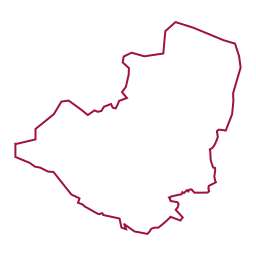 Gharb Bara, North Kordufan, Sudan (Albers equal-area conic projection)
{"feature_id": "16777658B80207598805247", "entity_name": "Gharb Bara", "entity_type": "district", "adm_level": 2, "iso_a3": "SDN", "parent_name": "Sudan", "parent_adm1": "North Kordufan", "projection": "albers", "projection_center": [29.57, 13.951], "detail": "fine", "context": "isolated", "style": "outline", "palette": "rose", "viewbox_px": 256, "rotation_deg": 0, "n_neighbors": 0, "source": "geoboundaries", "source_scale": "gbopen_adm2", "svg_char_len": 1989}
<svg xmlns="http://www.w3.org/2000/svg" viewBox="0 0 256 256"><path d="M121.4,227.3L121.4,227.5L122.8,228.0L123.5,228.3L124.9,228.8L126.1,229.2L124.3,224.3L124.4,224.2L126.1,225.5L134.4,231.4L147.4,233.9L148.9,232.4L151.3,228.8L154.1,227.7L158.3,227.7L162.5,224.3L164.7,222.5L169.6,217.9L170.4,216.8L179.1,220.0L180.4,220.5L182.7,217.4L175.7,209.8L175.8,209.7L177.8,207.1L178.6,204.1L177.5,202.2L170.6,201.0L169.2,197.6L169.3,197.6L169.2,197.5L171.7,196.3L181.6,194.2L182.4,192.2L184.0,193.0L187.0,190.1L188.3,191.4L189.3,189.7L191.5,189.4L194.4,192.7L207.6,192.6L209.1,191.3L208.4,188.4L208.5,188.3L208.4,188.2L208.8,185.9L215.9,182.3L215.1,180.4L214.3,176.6L215.2,170.3L215.0,167.9L213.1,167.5L210.7,160.3L210.2,150.8L209.8,149.5L212.5,147.8L214.6,144.8L216.6,140.4L217.8,137.0L216.9,131.2L219.0,129.6L225.8,130.5L228.4,123.7L232.1,114.3L233.4,101.0L233.1,93.2L240.6,67.6L239.1,56.2L238.8,55.3L235.0,43.6L223.5,40.2L211.7,35.3L193.0,27.6L175.5,22.1L165.3,31.2L163.3,53.5L144.4,56.3L131.6,52.7L123.7,56.5L122.7,62.4L128.9,68.1L128.7,74.6L125.9,86.8L122.0,92.1L126.9,98.0L119.1,100.9L117.4,105.1L115.7,108.4L112.7,107.7L111.0,104.0L104.0,106.7L101.3,111.0L97.7,111.8L94.5,110.4L87.8,115.0L80.8,109.4L68.7,100.6L61.4,101.6L53.9,114.1L35.5,129.0L35.5,139.4L15.9,144.0L15.4,143.8L15.4,144.0L15.4,148.8L15.4,152.7L15.4,157.0L27.6,162.0L28.0,162.1L28.3,162.3L29.6,162.8L34.8,166.6L39.5,167.5L40.4,167.7L46.5,170.8L48.2,171.6L53.3,171.9L56.6,175.9L61.0,181.5L62.4,183.2L62.8,183.7L64.6,186.0L66.2,188.1L68.7,191.1L69.6,192.3L70.5,193.4L71.5,194.6L71.9,194.8L72.8,195.2L73.8,195.7L74.7,196.0L75.4,196.4L76.3,196.9L78.4,197.8L78.6,197.9L79.5,198.4L79.0,200.0L78.5,201.2L78.0,202.8L79.1,203.1L80.2,203.5L80.4,203.6L82.0,204.2L83.0,204.8L84.0,205.7L84.3,206.2L84.9,206.6L88.2,208.4L88.9,208.8L92.8,211.0L94.7,212.1L97.7,213.7L97.8,213.8L99.7,214.2L101.1,213.3L102.5,213.3L103.2,215.0L109.6,216.4L119.5,218.5L121.4,227.1L121.4,227.3L121.4,227.3Z" fill="none" stroke="#9f1239" stroke-width="2"/></svg>